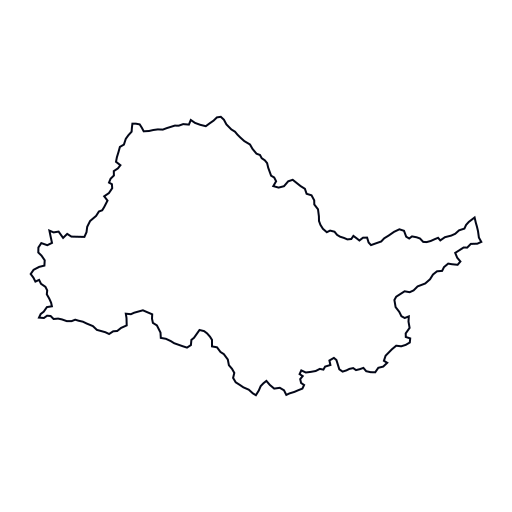 outline of Juquitiba, São Paulo, Brazil
{"feature_id": "56859067B20186311483240", "entity_name": "Juquitiba", "entity_type": "district", "adm_level": 2, "iso_a3": "BRA", "parent_name": "Brazil", "parent_adm1": "São Paulo", "projection": "orthographic", "projection_center": [-47.012, -23.95], "detail": "fine", "context": "isolated", "style": "outline", "palette": "ink", "viewbox_px": 512, "rotation_deg": 0, "n_neighbors": 0, "source": "geoboundaries", "source_scale": "gbopen_adm2", "svg_char_len": 3830}
<svg xmlns="http://www.w3.org/2000/svg" viewBox="0 0 512 512"><path d="M367.1,237.6L363.0,237.7L359.4,240.5L356.5,238.2L353.4,235.9L351.3,239.0L347.4,239.4L343.9,237.9L340.1,236.7L337.1,234.9L334.5,231.7L330.1,230.6L326.8,232.2L322.9,228.8L320.4,224.8L319.0,221.0L318.9,216.3L318.0,209.3L314.3,204.5L314.2,200.3L311.5,195.3L306.6,193.8L304.9,188.8L300.6,186.1L297.2,183.4L292.7,179.8L288.2,181.3L284.0,186.2L278.6,187.6L273.3,186.1L276.1,181.3L274.2,177.5L271.1,175.7L269.8,172.1L268.2,167.7L267.1,163.1L264.8,160.3L261.7,158.2L260.0,155.0L256.5,153.7L252.5,148.9L250.0,144.5L244.3,141.1L240.2,137.4L237.4,134.6L235.0,131.7L231.3,129.4L226.4,124.4L223.9,119.7L220.8,116.8L216.9,117.4L213.6,120.6L209.7,123.3L205.8,126.2L200.2,124.8L195.0,122.9L190.8,120.0L188.9,124.6L183.2,124.1L178.7,125.7L174.8,125.6L170.7,126.9L166.8,128.1L162.8,129.6L157.8,129.4L153.3,130.0L149.0,131.0L143.7,131.3L141.8,127.7L139.7,124.4L136.0,123.7L132.4,123.7L131.9,127.8L131.6,131.7L128.4,135.2L125.8,138.8L123.9,144.6L119.9,146.9L118.5,152.0L116.9,157.2L116.0,161.8L120.4,165.2L117.9,168.4L113.8,171.1L113.9,175.5L110.6,178.7L109.0,182.6L111.9,184.2L112.2,188.2L108.9,193.1L104.2,196.3L107.5,200.6L104.1,207.2L102.2,210.3L98.9,211.5L96.1,215.9L90.1,221.0L87.2,226.8L86.5,232.2L84.4,236.9L79.5,236.8L71.4,236.6L67.2,233.9L63.1,237.9L58.6,231.6L53.6,232.4L49.4,230.6L50.6,236.5L52.0,242.9L47.3,245.2L41.3,243.1L38.4,247.5L38.3,252.5L41.5,255.6L44.7,260.3L44.4,265.6L39.1,266.9L33.6,269.8L30.7,274.0L33.5,277.8L35.4,281.6L39.1,279.9L41.0,283.8L45.4,286.8L47.2,290.4L46.8,294.3L49.3,298.7L51.1,302.7L51.9,306.3L46.9,307.1L43.7,311.7L40.7,314.0L39.0,317.6L43.9,318.0L47.1,315.7L50.6,316.0L53.6,319.0L58.1,318.6L61.9,319.4L66.7,321.1L71.7,321.1L75.2,319.7L78.5,320.7L82.9,321.7L86.6,323.5L92.9,326.1L96.9,329.9L101.0,331.0L105.3,332.2L109.1,334.0L113.2,331.3L117.2,331.0L121.1,327.9L126.7,325.4L126.5,318.0L125.8,313.7L130.9,314.2L134.2,312.7L142.9,310.3L146.8,312.0L152.2,314.3L152.0,318.7L152.9,322.9L156.9,325.4L158.7,329.0L160.5,332.6L160.8,337.9L165.9,338.8L170.8,341.1L174.1,343.2L178.1,344.6L182.6,346.2L187.0,347.6L190.9,345.1L191.4,339.9L194.0,337.8L199.5,330.0L204.1,331.1L207.1,333.4L210.0,336.7L212.0,339.9L212.0,346.4L217.0,347.3L220.5,352.0L223.8,354.1L227.8,359.5L228.9,365.2L232.0,368.8L234.3,372.9L233.1,377.9L235.7,382.3L240.1,385.1L243.3,387.3L248.8,389.7L252.9,393.4L255.9,395.2L258.8,390.5L260.7,386.1L263.5,383.2L266.4,380.9L269.8,384.9L274.2,388.6L279.8,387.8L284.0,390.3L286.3,394.9L289.5,393.4L294.4,391.9L298.3,390.2L302.4,388.6L304.1,385.0L301.1,383.0L300.2,379.1L302.7,376.1L299.6,374.1L301.3,370.4L305.8,372.5L310.7,371.9L315.7,371.0L319.8,368.9L323.4,369.6L325.1,366.6L330.4,365.0L329.4,360.5L333.9,357.9L336.4,360.0L337.5,363.5L339.3,369.3L342.6,371.6L346.4,370.4L349.4,368.9L353.2,368.1L356.0,370.1L359.7,369.2L363.4,367.9L366.2,371.2L370.7,372.2L375.2,372.3L378.3,367.8L383.2,366.6L387.2,362.8L383.9,360.8L385.6,355.7L391.9,349.3L396.2,345.7L401.2,346.3L405.7,344.9L409.8,342.5L410.2,338.4L405.8,337.0L405.7,333.4L409.6,327.9L408.5,321.6L408.8,316.4L404.7,318.0L401.4,316.2L399.3,311.9L395.6,307.1L394.4,300.0L396.2,296.7L404.6,291.3L409.7,292.2L413.6,290.4L417.6,286.4L425.2,283.5L430.0,279.3L433.0,274.5L437.0,271.3L442.1,270.9L444.0,267.1L448.2,263.6L451.7,264.2L457.6,264.8L460.4,261.5L457.2,257.7L455.2,252.9L463.6,247.5L467.2,247.6L470.8,243.9L477.3,243.7L481.3,241.9L478.9,237.6L478.0,231.1L476.9,226.5L475.8,222.7L474.6,217.5L468.8,221.9L466.1,224.9L464.4,228.6L459.1,230.3L455.2,233.8L451.2,235.6L444.9,237.2L440.3,240.4L438.1,237.8L434.9,239.1L430.7,241.0L426.6,242.1L423.2,241.9L420.0,238.5L416.7,237.3L412.0,236.4L409.2,238.5L406.2,236.7L404.0,230.8L399.4,229.3L394.1,231.8L388.6,235.6L384.2,238.3L381.2,241.5L376.3,243.2L371.0,245.1L368.6,242.5L367.1,237.6Z" fill="none" stroke="#020617" stroke-width="2"/></svg>